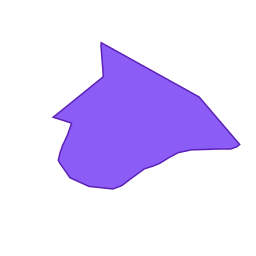 Presidente Médici, Maranhão, Brazil (Mercator projection), rotated 231°
{"feature_id": "56859067B54906018261321", "entity_name": "Presidente Médici", "entity_type": "district", "adm_level": 2, "iso_a3": "BRA", "parent_name": "Brazil", "parent_adm1": "Maranhão", "projection": "mercator", "projection_center": [-45.779, -2.308], "detail": "fine", "context": "isolated", "style": "filled", "palette": "violet", "viewbox_px": 256, "rotation_deg": 231, "n_neighbors": 0, "source": "geoboundaries", "source_scale": "gbopen_adm2", "svg_char_len": 625}
<svg xmlns="http://www.w3.org/2000/svg" viewBox="0 0 256 256"><g transform="rotate(231 128 128)"><path d="M143.5,52.9L125.8,51.6L107.2,60.9L90.2,77.8L87.7,85.1L87.1,87.2L86.9,96.5L86.0,114.9L84.7,118.3L83.5,121.3L82.7,123.3L81.6,127.0L80.6,130.4L79.2,141.1L77.3,151.4L71.2,163.4L61.2,176.5L56.0,183.5L47.0,194.7L44.9,200.8L44.9,204.4L107.3,202.8L211.1,160.9L209.7,159.3L185.2,142.4L183.4,141.1L183.4,117.0L183.4,112.9L183.4,97.8L183.5,76.6L167.3,87.2L163.9,81.9L161.9,78.6L160.3,76.0L159.3,73.7L157.3,69.9L155.7,66.2L154.0,63.7L152.1,60.4L146.9,53.6L143.5,52.9Z" fill="#8b5cf6" stroke="#5b21b6" stroke-width="1.5"/></g></svg>